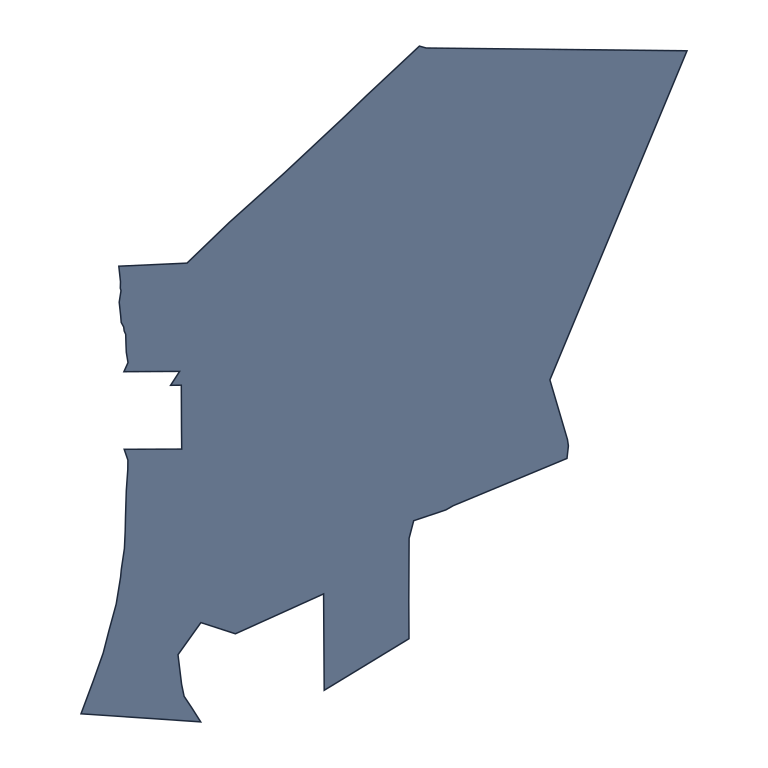 the district of Ouad Naga, Trarza, Mauritania
{"feature_id": "47542326B19423449459947", "entity_name": "Ouad Naga", "entity_type": "district", "adm_level": 2, "iso_a3": "MRT", "parent_name": "Mauritania", "parent_adm1": "Trarza", "projection": "albers", "projection_center": [-15.755, 18.145], "detail": "fine", "context": "isolated", "style": "filled", "palette": "slate", "viewbox_px": 768, "rotation_deg": 0, "n_neighbors": 0, "source": "geoboundaries", "source_scale": "gbopen_adm2", "svg_char_len": 929}
<svg xmlns="http://www.w3.org/2000/svg" viewBox="0 0 768 768"><path d="M419.4,46.1L366.6,95.5L344.6,116.6L284.0,173.3L268.3,187.4L229.5,222.2L187.0,263.1L118.8,266.2L120.5,281.7L120.3,288.2L121.0,290.7L119.2,302.2L120.7,316.0L121.2,322.4L123.7,327.0L124.2,331.0L125.7,334.3L126.0,344.8L126.3,352.3L128.0,362.6L123.9,371.7L141.7,371.6L159.9,371.5L179.1,371.4L179.6,371.4L170.6,385.3L181.3,385.2L181.4,404.5L181.5,428.4L181.7,449.1L150.5,449.2L124.2,449.3L127.9,460.1L127.8,469.5L126.3,490.6L125.5,516.8L125.2,531.2L124.4,548.6L121.3,569.4L120.6,577.0L116.2,604.1L108.9,630.8L103.2,653.0L93.4,680.6L81.0,713.8L200.7,721.9L192.1,708.3L184.1,696.3L181.6,684.3L178.0,654.7L200.9,622.6L235.4,633.8L323.6,593.9L324.2,690.3L409.0,638.7L408.8,600.8L409.1,538.3L413.7,520.7L445.9,509.9L453.2,505.7L567.0,458.4L568.4,445.9L567.5,439.6L549.9,379.9L687.0,50.8L426.2,48.0L419.4,46.1Z" fill="#64748b" stroke="#1e293b" stroke-width="1.5"/></svg>